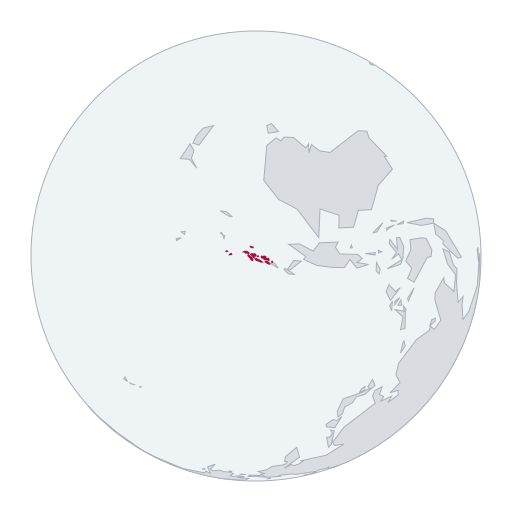 globe centered on Solomon Islands, rotated 170°
{"feature_id": "SLB", "entity_name": "Solomon Islands", "entity_type": "country or territory", "adm_level": 0, "iso_a3": "SLB", "parent_name": "Oceania", "parent_adm1": "", "projection": "orthographic", "projection_center": [159.585, -9.221], "detail": "fine", "context": "on_globe", "style": "filled", "palette": "rose", "viewbox_px": 512, "rotation_deg": 170, "n_neighbors": 0, "source": "natural_earth", "source_scale": "50m", "svg_char_len": 9611}
<svg xmlns="http://www.w3.org/2000/svg" viewBox="0 0 512 512"><g transform="rotate(170 256 256)"><circle cx="256" cy="256" r="225" fill="#eef3f6" stroke="#a8b0b8"/><path d="M331.5,285.0L331.6,286.7L331.3,286.9L331.5,285.0ZM447.3,137.1L443.5,131.1L438.5,124.4L422.7,105.5L401.6,84.3L405.9,87.9L400.3,83.1L394.5,78.6L392.1,76.9L365.0,59.5L343.9,51.2L342.8,52.9L338.7,49.8L340.3,56.7L332.4,58.1L337.9,54.1L335.9,52.0L328.8,51.4L325.2,49.2L319.7,47.9L316.0,45.6L319.5,44.2L317.2,43.0L312.4,42.7L305.6,40.8L313.1,41.3L302.0,38.2L305.9,37.0L328.8,42.8L328.7,42.8L344.7,48.9L360.3,56.3L375.2,64.8L389.4,74.5L402.8,85.1L415.4,96.8L427.1,109.4L437.7,122.9L447.3,137.1ZM406.0,159.7L404.3,154.8L407.7,157.9L406.0,159.7ZM401.6,151.9L402.5,153.6L401.4,152.2L401.6,151.9ZM399.7,151.0L401.0,151.7L399.6,151.4L399.7,151.0ZM397.2,150.3L398.5,150.5L398.4,150.6L397.2,150.3ZM393.0,147.8L391.9,147.1L393.0,146.7L393.0,147.8ZM391.5,76.7L394.8,78.8L401.4,84.0L399.1,82.4L391.5,76.7ZM378.5,68.2L379.0,68.1L385.2,72.5L383.0,71.1L378.5,68.2ZM342.8,55.0L346.1,55.4L344.1,55.8L342.8,55.0ZM319.6,48.2L319.8,48.9L316.9,48.0L319.6,48.2ZM308.5,43.8L303.8,42.5L309.2,43.5L308.5,43.8ZM301.4,41.6L289.8,39.1L289.2,40.2L284.2,36.3L295.7,39.3L302.6,40.2L299.8,40.5L301.4,41.6ZM283.3,34.9L281.0,34.4L284.1,34.7L283.3,34.9ZM216.7,34.2L208.8,35.8L221.7,34.1L220.9,35.6L223.8,34.7L231.9,34.3L232.2,33.8L234.2,33.5L255.2,34.1L257.9,35.1L270.2,35.9L271.7,35.7L270.5,34.8L284.2,36.3L289.2,40.2L285.6,40.4L291.2,43.3L282.1,43.7L277.1,45.9L263.8,45.6L261.0,47.9L263.6,48.9L261.7,53.4L249.1,60.5L248.1,50.3L264.8,42.1L257.0,44.6L255.5,43.0L250.6,43.5L245.4,45.8L246.9,46.6L221.4,47.6L202.1,55.5L211.6,55.8L212.9,59.2L199.3,72.0L164.1,90.3L165.4,97.8L162.5,102.7L154.5,105.4L158.6,98.2L154.7,95.5L158.2,91.4L146.8,94.4L151.4,88.8L140.2,94.5L139.4,99.1L147.8,98.0L136.2,106.2L138.8,114.9L134.1,125.7L112.5,145.8L98.2,152.7L96.2,156.6L93.2,152.6L85.1,160.7L87.5,181.9L86.0,188.5L74.8,202.0L75.3,197.1L67.2,186.6L62.7,202.7L68.7,214.8L70.7,230.5L64.8,226.3L63.1,212.8L60.3,208.6L63.2,194.6L65.0,175.3L59.1,180.1L61.6,172.1L63.2,157.6L56.0,164.5L43.1,188.6L37.9,209.7L35.0,220.2L40.0,192.4L44.3,179.1L50.6,163.5L58.1,148.4L66.7,133.9L76.3,120.1L87.0,107.1L98.6,94.8L111.1,83.5L124.4,73.2L138.4,63.9L153.1,55.6L168.3,48.5L184.1,42.5L200.2,37.7L216.7,34.2ZM107.1,423.1L110.3,425.3L110.5,426.1L107.1,423.1ZM111.4,265.9L116.9,266.8L116.9,267.9L111.4,265.9ZM105.5,262.4L111.5,262.5L104.7,264.8L105.5,262.4ZM113.9,262.6L120.1,260.4L122.8,258.6L122.5,260.9L113.9,262.6ZM101.5,262.6L81.8,263.7L74.5,261.6L75.8,257.5L87.5,257.4L101.5,262.6ZM75.2,257.4L64.8,247.9L53.9,219.2L57.7,218.8L69.8,235.3L68.9,238.7L75.2,246.4L75.2,257.4ZM102.3,235.4L101.5,245.4L90.2,245.2L85.3,243.9L81.8,231.5L83.7,225.0L87.6,224.9L105.0,202.7L110.6,207.7L104.7,216.8L109.4,225.1L102.3,235.4ZM37.8,211.5L37.1,223.4L35.9,226.2L37.8,211.5ZM114.0,188.0L105.7,197.3L113.8,185.1L114.0,188.0ZM119.9,176.8L119.5,181.3L117.3,177.0L119.9,176.8ZM94.3,162.5L90.1,163.8L90.9,160.8L96.8,157.3L94.3,162.5ZM130.4,135.3L127.0,143.8L125.0,146.7L124.7,141.6L130.4,135.3ZM292.9,375.1L298.5,378.1L293.9,384.7L286.0,391.1L275.2,391.8L292.9,375.1ZM217.8,383.8L212.3,374.6L222.6,374.8L222.8,382.5L217.8,383.8ZM298.8,370.5L302.7,363.3L299.1,352.8L304.7,362.8L313.8,365.0L301.4,377.9L298.8,370.5ZM165.1,345.1L133.7,361.6L125.3,359.7L124.1,352.5L109.9,331.5L112.3,331.8L106.6,317.8L123.3,304.4L134.2,281.6L147.3,283.2L154.9,267.4L169.5,269.2L167.2,281.7L184.8,291.2L191.0,263.3L207.4,295.0L223.9,307.8L235.2,329.1L226.2,362.9L215.8,368.8L211.3,365.0L207.7,368.3L198.4,366.1L188.2,353.8L184.8,357.2L185.8,348.6L182.0,356.1L174.9,348.4L165.1,345.1ZM272.4,298.6L276.0,300.1L283.4,306.7L277.5,304.8L272.4,298.6ZM322.7,289.7L325.6,292.8L321.4,292.7L322.7,289.7ZM331.3,286.9L326.3,287.0L331.5,285.0L331.3,286.9ZM284.8,282.5L287.0,284.8L285.8,285.3L284.8,282.5ZM283.2,281.6L284.5,278.7L285.0,281.9L283.2,281.6ZM264.2,262.3L265.8,261.0L266.9,262.4L264.2,262.3ZM125.3,266.8L132.6,258.9L137.1,258.3L125.3,266.8ZM260.9,258.6L256.2,257.6L256.5,256.1L260.9,258.6ZM260.7,254.8L259.9,252.5L263.5,258.2L260.7,254.8ZM251.2,248.5L257.3,253.3L250.6,248.9L251.2,248.5ZM248.0,248.7L243.9,246.4L244.1,245.7L248.0,248.7ZM207.1,247.0L221.8,261.8L211.1,260.3L198.8,250.9L191.2,258.0L172.6,255.4L176.2,250.9L173.2,243.5L155.4,239.8L151.8,235.0L157.7,232.1L146.6,228.1L158.7,226.5L164.1,236.2L171.1,229.2L184.3,231.9L197.8,236.2L209.7,244.4L207.1,247.0ZM159.7,247.4L161.8,247.5L160.2,250.3L159.7,247.4ZM236.2,240.1L242.1,245.5L241.5,246.6L238.8,245.6L236.2,240.1ZM212.2,243.0L224.5,236.5L227.7,237.0L219.6,245.1L212.2,243.0ZM221.1,231.0L227.2,232.8L230.8,237.7L229.6,238.8L221.1,231.0ZM134.9,237.8L134.5,240.4L131.5,238.3L134.9,237.8ZM138.6,236.3L147.9,239.4L137.9,238.5L138.6,236.3ZM113.0,227.2L115.3,233.3L122.8,229.3L117.1,235.0L122.7,245.2L121.2,249.1L115.6,238.0L114.4,249.6L111.2,249.4L108.9,239.6L111.9,227.7L115.2,222.8L128.9,220.7L113.0,227.2ZM138.4,228.7L136.0,221.5L137.9,216.9L140.3,220.6L138.4,228.7ZM130.0,204.7L124.9,196.8L119.4,199.8L131.3,188.9L134.1,198.2L130.0,204.7ZM127.0,187.4L121.7,190.1L127.7,183.9L127.0,187.4ZM120.9,187.6L121.2,182.2L124.8,182.9L120.9,187.6ZM129.5,187.7L131.9,178.6L133.0,184.0L129.5,187.7ZM121.9,170.5L128.3,179.0L118.5,175.5L121.9,158.8L126.4,158.3L121.9,170.5ZM171.2,108.7L172.3,104.7L177.4,104.1L175.2,106.9L171.2,108.7ZM195.0,100.2L179.1,102.7L166.5,105.7L168.7,107.6L162.7,114.3L161.3,107.8L172.8,100.9L181.7,99.9L186.4,94.8L195.0,91.8L198.3,85.6L203.2,83.3L202.9,88.9L195.0,100.2ZM199.4,83.0L208.3,73.2L216.3,75.5L216.2,78.1L208.7,81.5L204.9,80.0L199.4,83.0ZM212.8,71.6L209.2,70.3L214.6,57.2L217.8,55.1L217.9,65.3L214.5,64.8L211.7,68.0L212.8,71.6ZM279.9,34.6L280.9,34.4L281.8,34.9L279.9,34.6ZM234.2,33.2L237.1,32.8L238.1,33.1L234.2,33.2ZM245.7,32.1L242.6,32.1L247.1,31.9L245.7,32.1ZM235.4,32.2L241.9,31.9L234.0,32.5L235.4,32.2Z" fill="#d9dde1" stroke="#a8b0b8" stroke-width="1"/><path d="M256.6,256.2L257.5,256.8L257.9,256.8L259.0,256.8L259.6,257.2L260.0,257.5L260.3,257.9L260.5,258.0L260.8,258.5L260.7,258.6L260.4,258.7L260.1,258.8L259.5,258.7L258.9,258.4L257.6,258.3L257.0,258.2L256.8,258.1L256.7,258.0L256.4,257.6L256.1,257.2L256.1,256.5L256.2,256.4L256.4,256.2L256.6,256.2ZM260.5,252.4L261.5,253.6L261.5,253.8L261.3,254.0L261.3,254.4L261.4,254.5L261.7,254.6L262.1,255.0L262.3,255.5L262.5,255.9L262.5,256.4L262.9,257.1L262.9,257.4L262.9,257.6L262.7,257.5L262.2,256.7L261.7,256.4L261.6,256.2L261.0,255.8L260.6,255.0L260.2,253.6L260.4,253.3L259.9,252.7L260.1,252.5L260.3,252.5L260.5,252.4ZM257.1,253.3L256.6,253.1L256.2,252.7L255.1,252.2L254.9,252.0L254.7,252.0L254.1,251.6L253.5,251.4L253.2,251.0L253.1,250.9L252.9,250.8L252.5,250.5L252.2,250.3L252.0,249.8L251.7,249.5L251.6,249.4L252.7,249.6L253.2,250.1L253.6,250.4L253.8,250.6L254.1,250.8L254.5,250.8L254.8,251.1L255.2,251.2L255.4,251.3L257.0,252.5L256.8,252.8L257.0,253.0L257.1,253.3ZM264.2,260.6L264.7,260.8L265.0,260.8L265.4,261.0L265.7,260.9L265.9,261.1L266.4,261.9L266.4,262.2L266.8,262.3L266.5,262.4L266.1,262.3L265.8,262.3L265.5,262.2L265.0,262.1L264.5,261.9L263.5,261.3L263.6,261.0L263.4,260.9L263.4,260.5L263.0,260.4L262.6,260.4L262.6,260.2L262.7,259.9L263.0,259.9L263.3,260.0L264.0,260.5L264.2,260.6ZM247.8,248.6L247.6,249.0L247.2,248.8L247.2,248.7L246.9,248.7L246.3,248.6L245.5,248.0L244.7,247.0L243.9,246.4L243.8,246.2L243.8,245.9L244.4,245.9L245.0,246.4L246.0,246.9L246.3,247.1L246.5,247.8L247.2,248.4L247.5,248.5L247.8,248.6ZM248.9,252.2L249.2,252.5L249.4,253.2L249.4,253.5L249.2,253.5L248.9,253.3L248.5,253.2L248.2,253.0L248.1,252.6L248.1,252.3L247.9,252.2L247.3,252.3L247.1,252.5L246.9,252.5L246.8,252.3L246.8,252.1L247.2,251.9L247.3,251.6L247.6,251.2L247.8,251.1L248.3,251.2L248.3,251.9L248.5,252.1L248.9,252.2ZM259.8,266.1L259.5,266.3L259.3,266.2L259.1,266.1L259.0,265.8L258.6,265.6L258.2,265.5L258.0,265.4L257.9,265.3L257.6,265.3L257.5,265.1L257.5,264.9L257.9,264.9L259.3,265.7L259.7,266.0L259.8,266.1ZM244.7,250.9L244.6,251.0L244.5,250.8L244.4,250.7L244.0,250.1L244.0,249.8L244.2,249.6L244.5,249.7L244.8,250.0L245.2,250.2L245.1,250.4L244.8,250.8L244.7,250.9ZM246.6,251.7L246.1,251.7L245.8,251.3L245.8,251.0L246.0,250.7L246.3,250.7L246.5,250.8L246.7,251.0L246.7,251.3L246.7,251.6L246.6,251.7ZM250.3,253.9L249.9,254.2L249.6,254.1L249.4,253.8L249.4,253.5L249.5,253.4L249.8,253.2L250.2,253.3L250.4,253.4L250.1,253.6L250.2,253.8L250.3,253.9ZM281.2,262.3L280.9,262.3L280.6,262.3L280.4,262.6L280.2,262.6L279.9,262.4L279.9,262.2L280.1,262.3L280.2,262.0L280.4,261.9L280.8,261.9L281.2,262.0L281.4,262.0L281.2,262.2L281.2,262.3ZM263.6,257.6L263.6,258.0L263.3,257.9L263.2,258.0L263.1,257.8L263.1,257.5L263.1,257.2L263.0,256.9L262.9,256.5L263.1,256.6L263.6,257.6ZM247.5,254.0L247.3,254.0L246.8,253.5L246.9,253.3L247.3,252.9L247.5,253.1L247.4,253.4L247.3,253.5L247.2,253.8L247.5,254.0ZM258.3,255.1L258.5,255.2L258.9,255.4L259.2,255.7L259.1,255.8L258.8,255.8L258.7,255.8L258.6,255.6L258.3,255.5L258.0,255.5L258.0,255.3L258.3,255.1ZM254.5,255.6L254.4,255.6L254.2,255.6L253.9,255.4L254.0,255.2L254.3,255.1L254.6,255.3L254.6,255.5L254.5,255.6ZM241.4,247.7L241.0,247.8L240.8,247.7L240.9,247.4L241.0,247.2L241.5,247.5L241.4,247.7ZM256.4,253.2L256.2,253.3L255.9,253.1L255.9,252.8L256.0,252.7L256.2,252.8L256.2,253.0L256.4,253.2ZM284.2,265.9L283.9,266.0L283.7,265.9L283.5,265.6L283.9,265.6L284.0,265.8L284.2,265.9ZM248.5,254.2L248.5,254.3L248.2,254.3L247.7,254.1L248.0,254.0L248.4,254.1L248.5,254.2ZM244.4,251.9L244.4,252.0L244.2,251.5L244.2,251.3L244.2,251.1L244.3,251.1L244.4,251.6L244.4,251.9ZM250.6,254.4L250.5,254.5L250.4,254.3L250.7,253.9L250.8,254.2L250.8,254.3L250.6,254.4Z" fill="#f43f5e" stroke="#9f1239" stroke-width="1.5"/></g></svg>